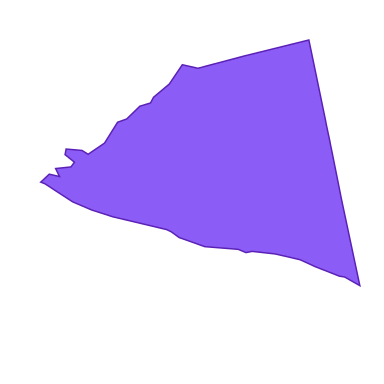 outline of Franklin, Pennsylvania, United States of America, rotated 258°
{"feature_id": "52423323B56600660833819", "entity_name": "Franklin", "entity_type": "district", "adm_level": 2, "iso_a3": "USA", "parent_name": "United States of America", "parent_adm1": "Pennsylvania", "projection": "mercator", "projection_center": [-77.726, 40.005], "detail": "fine", "context": "isolated", "style": "filled", "palette": "violet", "viewbox_px": 384, "rotation_deg": 258, "n_neighbors": 0, "source": "geoboundaries", "source_scale": "gbopen_adm2", "svg_char_len": 810}
<svg xmlns="http://www.w3.org/2000/svg" viewBox="0 0 384 384"><g transform="rotate(258 192 192)"><path d="M220.8,59.6L207.1,73.3L195.2,90.2L184.2,109.4L160.5,159.4L157.5,163.3L150.1,170.0L135.9,193.1L126.3,225.3L121.5,232.2L121.4,238.5L114.1,260.5L103.3,283.6L93.2,297.2L79.0,318.7L77.2,323.5L65.5,336.7L74.6,336.7L75.4,336.7L153.4,336.7L186.6,337.1L186.9,337.1L195.1,337.2L205.0,337.3L209.2,337.3L212.5,337.4L232.0,337.4L232.9,337.5L234.0,337.5L286.8,337.8L287.3,337.8L312.5,337.9L316.4,337.9L314.2,271.7L311.8,223.5L318.5,209.0L302.3,192.2L292.7,174.1L287.7,169.9L286.8,158.9L277.0,143.3L275.7,133.7L258.0,116.6L250.5,98.2L255.5,93.1L260.2,77.8L254.9,75.6L245.6,83.2L241.7,78.8L243.3,63.5L234.7,65.6L239.1,56.1L233.1,46.1L230.6,49.9L220.8,59.6Z" fill="#8b5cf6" stroke="#5b21b6" stroke-width="1.5"/></g></svg>